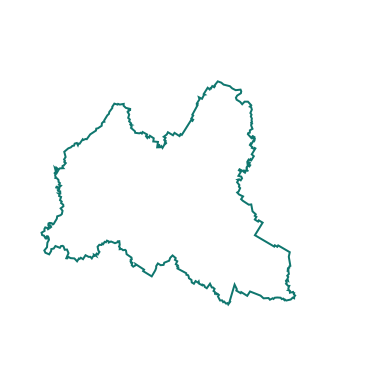 Hilltops, New South Wales, Australia, rotated 203°
{"feature_id": "25037944B92973083305975", "entity_name": "Hilltops", "entity_type": "district", "adm_level": 2, "iso_a3": "AUS", "parent_name": "Australia", "parent_adm1": "New South Wales", "projection": "albers", "projection_center": [148.539, -34.416], "detail": "fine", "context": "isolated", "style": "outline", "palette": "teal", "viewbox_px": 384, "rotation_deg": 203, "n_neighbors": 0, "source": "geoboundaries", "source_scale": "gbopen_adm2", "svg_char_len": 6062}
<svg xmlns="http://www.w3.org/2000/svg" viewBox="0 0 384 384"><g transform="rotate(203 192 192)"><path d="M58.0,134.1L56.5,134.1L57.0,135.5L56.6,137.0L58.1,137.5L58.4,138.6L58.8,138.3L59.9,139.5L62.5,137.6L63.3,139.3L65.0,139.2L64.6,139.7L65.7,141.0L65.8,143.5L66.7,143.1L69.6,144.3L69.3,145.4L70.8,146.9L70.5,148.0L68.9,147.8L70.2,149.5L70.2,151.4L71.6,152.1L70.8,154.4L72.5,157.1L73.1,156.8L73.6,158.4L73.0,158.4L73.6,159.8L72.9,160.3L73.3,161.6L72.6,162.4L77.6,170.2L78.5,174.8L91.8,176.5L92.1,174.9L94.9,175.3L95.0,173.9L117.2,176.8L115.0,191.4L119.4,192.0L119.6,190.6L123.4,191.2L123.0,194.3L124.9,194.6L124.6,196.4L128.7,197.8L132.6,203.7L134.8,202.5L141.9,203.8L144.0,204.6L143.3,207.9L147.7,208.1L150.2,209.2L149.3,210.6L149.2,214.4L150.9,215.2L151.1,216.9L154.3,218.6L153.9,221.1L154.7,221.2L153.6,222.1L151.7,221.8L151.3,224.2L152.7,225.4L155.6,225.0L154.9,229.9L157.3,230.3L157.1,231.5L152.7,231.1L152.5,232.1L151.7,232.0L151.9,230.7L150.8,230.5L150.7,233.0L149.1,233.3L149.0,234.2L149.3,233.4L150.1,233.5L150.8,235.4L152.0,235.6L151.4,235.7L151.0,238.1L149.2,237.9L148.9,239.4L150.5,239.7L150.2,241.4L151.0,241.5L152.1,240.0L152.9,241.4L152.5,244.1L151.0,243.9L150.9,245.0L149.8,244.5L149.1,249.1L151.7,250.0L150.7,256.9L151.5,257.0L151.6,256.0L154.1,256.0L154.0,256.9L157.1,257.9L156.9,259.7L156.0,259.6L155.6,262.9L154.8,262.8L154.6,263.7L155.1,265.8L156.3,265.9L156.1,266.9L157.9,267.2L158.2,266.5L156.4,266.2L156.6,265.2L158.4,265.5L158.5,264.9L163.2,267.1L163.3,268.1L162.0,269.2L162.8,271.4L161.0,273.8L163.5,276.3L164.0,277.7L163.5,278.4L164.6,279.1L164.2,280.0L165.2,281.2L165.6,283.0L167.4,284.6L167.4,286.4L169.1,287.5L169.1,291.2L170.7,293.2L172.1,293.2L171.4,295.0L175.8,297.0L178.9,295.7L180.1,292.4L182.9,293.8L187.0,294.4L188.4,295.9L188.1,298.4L185.6,302.0L186.0,303.9L187.3,305.2L191.6,302.8L195.5,303.1L198.5,304.2L204.9,303.2L207.7,304.1L211.5,303.9L213.0,298.4L212.3,298.3L212.5,297.1L214.7,297.4L215.0,294.7L215.6,294.8L215.8,293.3L218.3,294.1L219.5,286.8L218.3,286.6L218.9,286.2L219.2,281.7L222.7,281.9L221.3,280.2L222.1,275.6L221.4,275.5L221.6,274.2L220.8,274.1L221.9,263.2L220.8,262.9L221.3,259.3L219.2,259.0L219.4,257.6L220.9,257.9L223.7,240.6L226.1,241.0L224.9,240.6L225.3,238.6L231.2,239.6L231.7,236.8L237.5,237.6L237.7,235.1L239.6,231.8L237.5,231.5L237.9,229.1L236.4,228.9L236.5,227.8L235.6,227.6L236.0,226.5L235.1,226.4L236.0,224.4L236.4,221.0L238.2,222.2L238.7,220.8L241.5,219.5L241.9,221.0L240.2,221.8L240.6,222.5L242.1,221.7L242.9,224.8L247.4,223.4L248.2,226.5L252.7,227.3L252.7,225.4L254.1,225.6L254.3,224.3L256.2,225.4L255.9,227.4L260.9,227.9L261.0,226.2L262.4,226.5L263.4,225.4L267.4,224.3L268.3,225.6L273.2,227.2L273.0,228.4L274.4,229.6L273.8,230.1L275.1,230.1L274.9,231.4L277.5,232.5L277.6,234.5L279.7,235.3L280.1,238.8L282.5,240.5L281.9,241.3L282.4,242.2L281.0,243.2L281.4,244.3L285.8,243.6L288.7,244.7L289.3,246.4L292.6,244.3L294.5,244.2L294.7,243.4L298.0,243.0L298.7,239.2L298.2,238.2L299.4,233.4L299.0,231.4L299.9,229.5L300.8,223.5L300.1,222.4L301.1,221.9L301.8,220.0L301.0,217.7L303.5,213.9L304.9,212.9L304.4,211.0L308.2,205.3L309.5,199.5L310.7,199.2L312.4,197.4L313.2,197.8L314.3,192.5L315.4,192.2L315.3,190.5L317.2,192.1L318.9,190.7L318.7,188.6L320.1,187.7L321.0,185.7L322.9,183.9L325.3,179.1L322.0,174.8L322.5,172.0L321.1,171.0L321.3,169.8L319.5,169.3L320.5,166.1L321.3,165.5L321.0,164.2L319.8,163.6L322.9,162.1L323.5,160.6L326.1,161.3L325.2,159.5L327.5,160.5L325.2,157.5L323.7,158.4L324.0,156.0L326.5,156.1L324.8,155.1L324.3,153.5L323.2,152.5L323.3,151.6L321.5,151.8L319.6,150.9L318.8,149.2L317.1,148.6L317.4,146.7L315.1,146.6L316.2,144.2L318.7,143.9L318.7,143.1L315.6,143.5L315.4,142.6L316.3,141.3L315.6,140.7L313.6,141.1L312.7,139.3L314.4,138.5L313.0,138.1L312.8,136.4L310.6,136.3L310.3,132.9L308.2,132.3L308.2,130.7L305.6,130.0L304.8,128.6L306.5,125.6L303.8,124.1L303.2,120.8L303.9,119.3L306.6,116.9L306.0,114.6L306.9,108.4L307.4,107.8L308.9,108.5L311.0,107.9L311.8,107.0L311.4,105.6L309.3,106.0L308.0,104.8L308.6,103.7L310.2,103.8L309.5,102.3L310.0,101.5L311.0,102.3L313.2,102.1L313.4,100.2L312.5,98.6L314.6,95.8L313.1,93.8L311.2,94.0L308.6,92.0L307.6,92.4L308.5,93.9L308.2,94.7L307.1,94.8L306.0,93.7L305.0,92.1L305.3,88.8L303.9,84.5L305.1,80.5L303.2,78.8L299.1,78.8L298.6,82.6L299.2,84.5L297.2,85.9L296.6,88.9L291.8,89.0L291.4,91.1L290.0,91.9L289.0,91.7L286.6,89.1L284.6,90.2L281.8,87.5L281.8,81.9L281.0,82.1L280.4,83.9L277.9,83.7L274.3,84.9L270.7,83.3L270.1,86.6L269.3,86.5L268.7,88.0L266.1,87.6L265.3,92.2L261.7,91.9L260.3,92.6L258.3,91.7L258.0,94.1L257.2,94.7L257.9,96.0L255.5,95.7L256.0,96.1L255.7,98.0L254.3,97.7L253.8,100.7L255.3,101.5L257.5,104.7L256.7,107.2L254.6,107.9L254.5,109.5L253.4,109.3L252.9,112.0L251.6,112.1L251.3,114.0L249.5,114.0L248.9,113.0L247.2,114.8L242.9,114.8L240.8,116.8L241.0,117.6L239.7,118.3L237.9,115.1L237.8,113.2L236.7,112.7L236.2,111.1L234.6,112.0L232.7,111.5L231.0,112.6L229.9,112.3L227.9,109.2L222.1,108.0L221.2,106.6L221.9,105.8L221.0,104.7L221.5,104.2L220.4,103.0L219.2,103.4L218.9,101.1L216.9,100.3L215.2,102.6L215.9,103.6L205.8,101.8L206.1,100.1L196.1,98.6L195.2,105.4L195.3,108.1L196.0,109.7L195.5,112.9L192.2,112.4L189.7,113.8L189.9,116.1L186.2,119.8L186.3,123.0L185.1,126.0L181.2,124.8L181.2,122.9L178.5,122.5L178.7,119.2L176.3,118.8L176.5,117.5L175.2,117.3L175.4,115.9L165.6,115.0L164.8,113.6L163.2,113.9L162.2,113.1L161.1,111.4L158.2,110.9L156.9,108.7L154.4,108.3L153.9,111.4L151.0,110.9L150.8,112.1L149.6,110.4L146.0,110.1L145.9,110.6L147.2,110.8L144.2,110.8L143.1,109.6L140.8,109.2L139.6,114.6L136.5,111.9L135.4,112.3L133.4,111.7L133.5,109.3L132.1,109.1L131.0,107.4L130.0,108.3L129.5,107.5L128.4,108.2L127.0,107.7L127.3,106.0L123.8,103.1L122.0,104.0L120.3,102.8L119.7,103.7L117.0,102.6L115.8,103.7L114.7,102.7L114.0,105.8L114.6,105.9L116.6,123.4L112.8,120.1L112.7,118.6L107.7,117.9L107.6,119.1L100.6,118.0L99.7,123.1L88.4,123.4L84.6,122.1L80.1,124.3L78.2,123.3L76.2,125.7L75.2,125.4L74.5,127.0L72.3,128.2L69.1,129.3L67.5,128.5L66.4,129.5L64.7,128.6L64.5,129.3L62.9,128.9L59.1,131.6L58.0,134.1Z" fill="none" stroke="#0f766e" stroke-width="2"/></g></svg>